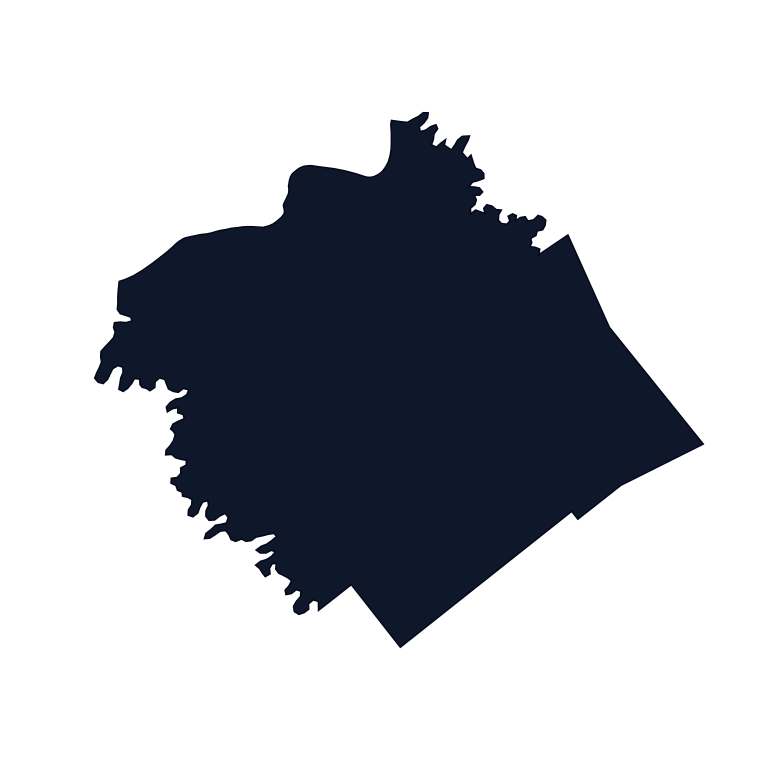 El Dorado, Misiones, Argentina, rotated 52°
{"feature_id": "61730980B34474057540122", "entity_name": "El Dorado", "entity_type": "district", "adm_level": 2, "iso_a3": "ARG", "parent_name": "Argentina", "parent_adm1": "Misiones", "projection": "equal_earth", "projection_center": [-54.53, -26.321], "detail": "fine", "context": "isolated", "style": "filled", "palette": "ink", "viewbox_px": 768, "rotation_deg": 52, "n_neighbors": 0, "source": "geoboundaries", "source_scale": "gbopen_adm2", "svg_char_len": 5474}
<svg xmlns="http://www.w3.org/2000/svg" viewBox="0 0 768 768"><g transform="rotate(52 384 384)"><path d="M522.1,575.0L522.0,533.3L525.6,533.3L526.9,533.3L601.5,533.2L600.5,395.0L600.0,326.7L599.9,314.5L609.9,314.5L609.7,259.5L626.1,178.3L627.9,169.4L478.1,171.5L379.8,147.3L379.4,153.2L378.5,166.1L377.4,182.5L373.6,178.2L369.3,180.7L365.7,184.4L363.6,180.6L359.8,178.8L359.6,178.7L360.4,173.7L360.5,172.8L358.5,170.1L357.7,169.1L359.4,165.7L360.2,164.1L358.2,159.4L354.4,155.6L349.5,156.5L346.0,158.8L346.7,165.1L344.1,170.3L339.1,169.7L336.7,174.2L336.4,179.7L332.8,176.0L329.1,177.9L328.2,182.9L330.3,183.6L333.1,184.6L333.6,188.8L331.9,190.6L329.8,192.7L325.3,193.0L321.2,189.4L319.2,184.4L315.4,188.4L310.4,189.3L306.0,192.6L306.8,196.4L307.0,197.3L311.8,199.4L309.8,200.7L307.7,202.0L303.3,204.7L303.3,205.9L303.3,208.9L303.3,210.8L299.1,208.0L298.8,207.9L298.5,201.8L298.1,201.2L295.8,197.9L292.1,196.9L291.0,196.5L294.1,192.3L293.9,191.3L293.4,188.0L288.2,188.1L284.2,191.7L280.8,195.7L280.6,194.7L279.4,189.9L281.7,184.5L281.9,183.9L283.5,178.7L279.5,175.8L274.9,176.0L270.4,179.0L265.3,177.6L261.1,176.0L257.1,174.5L257.9,179.5L257.7,179.5L254.1,179.7L250.0,179.9L249.6,179.9L246.8,174.7L246.7,174.5L243.7,167.7L243.4,167.2L242.8,166.3L241.2,163.9L237.0,169.9L237.0,170.6L237.2,175.9L239.3,181.1L241.0,186.8L239.6,187.2L237.4,187.9L233.3,189.2L232.9,189.3L232.3,188.6L229.3,185.0L229.2,191.0L229.5,197.0L225.8,198.7L224.6,199.2L223.2,196.9L221.6,194.4L218.9,191.8L217.7,190.6L216.2,185.4L215.9,184.6L211.7,183.4L209.9,188.7L209.6,194.9L207.3,200.1L206.7,199.7L203.2,198.0L202.8,191.7L201.2,186.2L201.1,185.8L197.5,182.2L194.3,186.1L194.4,192.2L193.1,198.2L192.3,204.4L190.5,206.3L189.8,207.1L181.7,215.1L181.1,215.6L180.9,215.8L183.6,218.8L191.0,223.8L192.3,224.9L199.0,230.1L203.1,233.6L203.3,233.7L203.8,234.3L207.2,237.9L207.8,238.6L211.6,243.8L213.2,247.3L214.2,249.9L215.2,253.3L215.5,255.7L215.5,258.6L215.1,261.2L214.5,263.9L213.7,265.9L212.3,268.0L210.9,269.8L208.0,272.0L200.9,276.8L191.8,283.7L183.5,290.9L172.5,301.8L167.3,306.7L165.9,308.6L164.8,310.2L163.2,313.0L162.4,315.3L161.9,317.5L161.7,319.7L161.7,320.6L161.7,321.9L161.8,325.3L162.1,327.5L163.3,330.3L165.3,333.1L168.2,336.2L169.0,337.2L172.5,339.4L172.7,339.5L175.2,342.0L176.6,344.6L177.8,346.9L179.2,349.8L179.4,350.2L180.5,352.3L181.7,353.6L183.0,354.2L184.3,354.8L185.7,355.5L186.1,355.8L187.0,356.5L188.1,357.6L188.6,358.8L189.0,360.3L189.5,362.4L189.7,366.2L189.8,368.9L189.6,372.7L189.2,374.6L188.5,377.3L186.2,382.8L182.9,386.5L178.4,391.6L175.8,394.9L173.0,399.0L171.1,402.4L167.3,408.5L164.8,413.8L162.4,418.1L160.5,422.4L158.9,426.6L156.9,430.8L153.2,436.8L149.6,444.2L147.6,448.2L146.6,450.5L145.9,452.9L145.7,454.9L145.4,457.7L145.4,460.5L146.1,468.4L146.4,474.0L146.4,481.4L146.4,490.2L146.1,497.7L145.7,504.8L145.1,509.8L144.5,514.7L142.2,523.9L140.6,528.2L140.1,529.5L141.2,530.6L142.2,531.5L147.3,536.4L149.9,538.7L152.6,541.0L156.9,544.3L161.0,548.2L165.7,548.5L166.2,548.5L170.6,545.5L175.2,542.4L179.1,543.7L178.6,545.0L176.8,549.5L172.9,553.6L169.7,558.6L170.6,559.6L172.9,562.3L177.8,564.0L179.7,566.9L181.0,568.7L182.1,574.8L183.0,581.0L184.0,586.8L188.1,590.5L192.8,593.1L192.9,593.3L195.8,598.1L198.3,603.4L201.0,607.9L201.3,608.4L206.6,608.2L210.8,605.0L210.6,603.3L210.2,599.1L207.5,593.7L204.9,588.3L205.7,582.3L210.0,579.5L214.3,582.6L217.2,587.8L221.1,591.9L224.9,596.2L229.3,594.1L229.6,588.3L229.5,588.2L228.2,582.3L227.4,580.6L226.1,577.3L229.8,573.5L234.3,576.7L237.7,576.6L241.1,574.0L245.2,572.6L245.4,570.0L245.6,566.7L242.5,564.0L241.3,563.0L241.1,557.1L245.4,554.0L250.4,555.5L255.2,556.9L260.0,554.7L263.9,551.3L264.0,544.9L268.3,541.4L271.0,546.0L270.9,547.2L270.4,552.2L267.6,557.4L266.9,563.6L268.1,569.7L270.1,570.7L272.6,571.9L273.3,565.9L275.7,561.1L279.7,564.3L284.3,561.1L288.3,562.7L286.9,568.4L286.8,568.7L285.6,574.9L287.7,579.2L288.0,579.9L291.6,579.1L295.6,579.8L296.4,581.1L296.6,581.4L298.9,584.7L300.9,590.3L302.0,596.5L305.4,599.7L308.8,594.7L313.8,593.7L318.2,590.5L322.5,586.7L326.1,589.8L325.4,593.6L325.0,595.9L328.3,598.3L329.3,599.1L330.3,604.6L328.6,607.5L327.3,609.6L331.0,612.9L335.6,610.5L335.8,610.4L340.6,612.1L345.0,609.6L348.4,611.8L352.3,608.5L356.8,606.4L360.8,609.9L362.7,615.2L362.9,615.7L363.4,616.1L366.8,619.1L371.0,616.3L371.0,613.2L371.0,610.1L368.9,606.9L367.8,605.2L365.4,599.6L367.5,594.7L371.7,597.1L374.4,602.4L378.6,605.8L383.8,605.8L386.9,601.1L386.9,594.8L388.2,588.8L393.3,589.0L396.5,593.7L396.1,594.6L394.3,598.6L391.5,603.8L392.2,610.0L392.1,616.2L394.8,620.0L395.3,620.7L398.2,616.3L398.8,610.0L399.1,603.7L402.1,598.9L407.3,599.0L412.4,600.3L416.7,597.8L418.4,591.8L422.9,589.7L425.6,585.2L425.7,583.7L425.7,582.9L425.9,579.0L428.6,573.6L431.0,568.1L433.9,562.8L438.0,562.4L438.1,565.2L438.3,568.8L438.0,575.0L436.2,580.9L436.2,583.5L436.1,587.0L440.9,585.6L444.5,581.1L445.7,575.2L449.3,572.9L450.0,576.1L450.6,578.8L449.9,584.9L447.7,590.5L447.7,596.7L449.7,596.3L449.8,596.3L452.7,595.6L457.8,596.2L462.7,596.2L463.4,591.5L463.5,590.6L461.6,589.5L458.8,587.8L456.8,582.7L459.2,579.4L463.2,583.3L468.4,583.4L472.5,581.3L472.7,581.2L477.2,579.2L482.1,577.9L484.5,583.0L484.6,583.3L485.6,588.9L486.0,589.1L489.6,590.9L492.1,586.1L492.1,579.8L496.1,577.0L500.1,580.7L500.9,584.7L501.3,586.8L503.5,592.2L504.6,592.8L508.1,594.8L513.2,592.9L515.0,587.6L515.1,582.6L515.1,582.0L514.6,581.6L510.8,578.9L510.6,572.6L515.0,569.6L522.1,575.0Z" fill="#0f172a" stroke="#020617" stroke-width="1.5"/></g></svg>